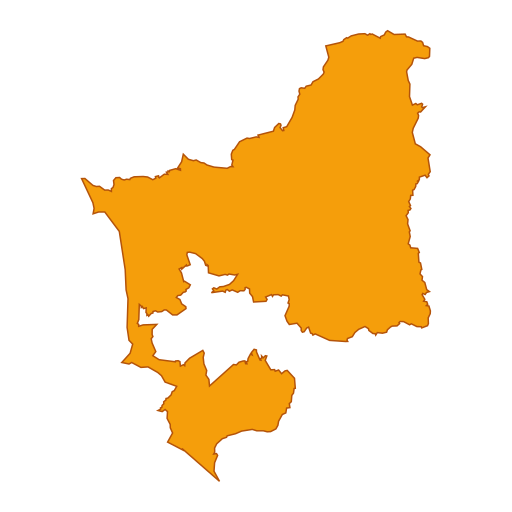 Zapotitlán, Puebla, Mexico (Mercator projection)
{"feature_id": "50627088B75736372567986", "entity_name": "Zapotitlán", "entity_type": "district", "adm_level": 2, "iso_a3": "MEX", "parent_name": "Mexico", "parent_adm1": "Puebla", "projection": "mercator", "projection_center": [-97.535, 18.262], "detail": "fine", "context": "isolated", "style": "filled", "palette": "amber", "viewbox_px": 512, "rotation_deg": 0, "n_neighbors": 0, "source": "geoboundaries", "source_scale": "gbopen_adm2", "svg_char_len": 6055}
<svg xmlns="http://www.w3.org/2000/svg" viewBox="0 0 512 512"><path d="M219.5,481.3L214.0,471.2L214.6,462.7L217.6,455.4L216.5,453.6L213.7,454.0L214.7,452.3L214.6,448.0L216.7,443.8L222.3,438.7L226.5,437.3L227.2,435.8L235.6,433.7L241.6,431.1L252.3,429.4L256.8,430.8L263.4,430.8L267.2,431.8L270.6,431.6L275.9,428.9L277.9,425.3L278.6,421.2L282.3,414.5L285.8,412.9L286.6,408.1L289.9,407.6L289.3,403.6L291.3,401.7L291.8,395.4L293.5,393.1L294.1,388.5L295.3,388.3L294.5,378.3L287.2,370.4L285.0,370.9L281.6,373.7L278.6,370.0L275.2,371.2L274.6,369.6L270.8,369.8L265.2,360.4L266.8,356.0L265.4,355.7L263.2,357.8L261.6,356.0L261.8,358.0L260.4,358.6L260.9,360.2L260.0,360.0L256.5,352.0L256.4,349.9L254.1,349.3L251.3,352.7L252.1,354.9L250.5,354.0L248.1,358.5L247.7,361.3L246.3,361.7L246.9,363.8L245.6,363.7L244.9,360.9L243.1,361.0L239.0,362.2L236.4,364.9L233.5,364.5L209.5,386.0L208.9,379.4L205.9,375.1L206.7,370.5L203.9,363.9L203.2,357.4L204.2,353.1L202.8,350.4L189.6,358.2L185.0,362.9L184.7,365.7L183.5,364.7L180.4,366.1L179.9,361.6L178.1,360.7L175.5,361.0L175.4,361.8L159.1,359.7L152.8,355.7L155.8,351.6L152.1,343.0L151.2,338.7L152.9,336.6L152.1,334.5L152.2,329.3L156.8,324.4L143.1,324.9L138.7,326.3L138.7,324.4L137.3,323.4L138.8,319.6L139.3,304.4L141.1,306.0L141.3,307.4L142.3,306.5L143.5,308.6L146.2,307.9L146.0,312.5L146.9,313.5L146.9,315.4L148.0,314.9L148.7,316.2L151.2,313.5L152.9,313.0L153.0,311.5L155.5,310.8L157.7,312.0L161.7,311.6L164.3,309.9L166.4,310.0L172.6,314.9L177.0,314.9L186.0,308.6L185.8,306.7L181.7,303.9L179.9,299.5L176.3,297.5L177.7,295.6L180.7,295.1L183.3,292.3L185.2,291.9L186.2,291.0L185.9,289.5L188.8,287.8L190.3,284.8L184.5,281.2L183.7,281.6L181.5,273.0L179.1,269.0L181.7,267.6L181.8,269.1L186.3,265.1L186.4,266.0L187.4,265.9L190.2,264.7L186.8,254.8L187.3,252.4L189.5,252.1L195.6,253.6L202.3,258.6L204.4,261.2L205.7,265.3L207.3,265.9L207.2,264.8L208.2,265.6L208.5,272.8L219.0,275.9L225.1,274.4L227.5,275.1L229.0,274.0L234.7,275.0L237.6,274.3L233.6,280.7L229.5,284.4L223.5,286.5L219.8,286.8L216.8,289.0L213.8,287.8L212.4,288.9L213.8,290.9L211.4,292.7L222.6,291.1L225.2,292.3L225.9,290.1L227.2,289.5L229.4,291.2L232.2,289.9L237.7,292.3L240.1,290.7L243.9,290.8L245.1,289.4L245.1,287.7L246.2,287.3L249.5,288.9L249.7,293.1L252.5,296.6L253.6,302.0L266.0,301.3L267.1,299.4L265.6,297.0L271.5,294.6L272.5,296.4L273.5,294.8L278.2,294.6L281.2,296.1L282.4,294.8L288.4,296.0L289.2,299.7L288.0,303.0L289.2,303.6L289.2,306.1L285.0,315.7L287.0,321.2L289.3,324.5L297.0,323.2L301.2,328.0L301.2,330.5L302.4,332.2L304.2,331.7L306.7,328.0L308.6,327.1L310.6,333.1L312.2,333.6L312.9,335.1L315.2,333.9L329.6,340.4L345.7,341.5L347.7,341.4L347.0,340.1L347.5,338.5L352.3,336.7L354.9,332.5L358.7,329.3L365.0,326.5L368.4,328.6L368.9,330.5L372.9,333.5L375.2,333.7L375.7,335.1L377.3,332.6L382.5,333.2L386.6,332.2L387.4,329.8L390.5,327.0L392.2,326.1L397.0,325.9L399.6,323.6L399.0,322.6L400.1,321.5L403.6,321.6L409.6,324.8L411.3,323.8L416.9,326.6L421.2,326.7L421.7,327.9L427.5,325.7L428.4,323.6L428.2,317.9L430.2,313.7L430.4,310.9L428.9,306.0L426.4,305.6L427.7,304.3L426.8,301.8L423.6,301.2L424.8,299.3L422.1,294.7L422.8,293.4L425.1,294.5L426.5,292.5L429.4,291.6L426.7,289.6L424.8,282.5L422.0,280.2L422.5,276.6L420.0,273.9L420.9,269.9L421.8,269.4L420.5,263.0L418.9,262.1L418.3,253.3L419.3,252.5L417.6,248.4L410.7,247.8L409.9,245.1L408.2,243.8L410.2,236.5L409.3,231.9L410.1,230.8L407.6,223.9L408.0,219.6L406.1,215.7L408.3,212.7L408.1,210.4L409.9,210.0L410.9,208.5L409.4,206.6L410.5,205.6L408.7,201.6L410.3,198.9L410.7,195.4L412.9,195.3L412.6,190.2L414.1,189.5L415.7,186.5L415.9,183.9L417.2,183.6L418.5,181.3L417.7,181.0L419.3,179.8L419.4,177.1L425.1,175.2L427.0,177.7L429.0,175.9L428.3,174.3L430.2,171.7L428.0,158.0L430.0,154.8L420.7,146.8L415.3,143.8L412.3,132.4L413.2,128.3L418.2,118.2L418.6,115.5L417.6,113.2L419.2,111.8L420.6,112.0L425.4,106.8L422.5,107.6L421.7,106.9L422.6,104.2L421.6,103.3L417.3,104.8L415.8,103.5L412.4,105.1L409.5,96.6L409.9,84.1L408.2,80.4L406.6,71.8L407.0,70.0L411.8,64.3L413.7,58.2L417.1,57.4L424.7,58.6L428.4,57.7L429.5,56.4L429.8,48.3L427.5,46.6L423.6,45.7L422.6,42.4L420.9,41.0L417.5,41.1L408.6,37.0L406.5,36.8L405.1,34.1L394.1,34.5L387.6,30.7L385.7,32.1L384.3,34.9L380.6,36.6L380.2,38.2L372.2,34.0L370.8,34.5L369.9,33.7L367.6,35.2L364.9,33.7L358.6,34.0L351.2,35.9L347.7,38.1L346.6,37.7L343.8,39.6L343.0,41.3L339.8,42.7L325.8,45.9L328.8,57.2L327.9,60.2L323.4,66.9L323.0,69.7L324.1,72.1L323.3,74.1L318.4,79.0L313.0,81.7L311.1,85.0L306.2,86.2L304.7,88.3L301.2,87.8L299.5,88.6L299.0,91.1L299.8,94.2L298.0,96.9L298.2,99.2L295.2,105.4L294.8,110.0L292.1,117.4L286.7,126.7L283.2,127.7L283.8,130.5L282.5,130.7L280.1,127.6L281.0,125.3L280.5,123.9L278.8,123.5L274.6,127.5L273.4,131.2L258.0,135.1L259.0,137.4L256.2,136.9L249.6,138.5L247.0,138.1L239.6,141.7L234.4,149.4L232.8,150.3L231.3,154.2L231.7,159.6L233.0,160.1L231.8,165.0L233.0,166.7L230.5,166.6L227.2,168.3L214.0,167.1L207.0,165.0L204.0,163.0L200.8,162.6L196.2,160.0L193.4,160.7L188.4,159.3L183.3,154.2L181.6,161.8L177.7,167.9L180.4,168.7L180.5,170.3L175.7,168.7L169.6,170.4L169.4,171.6L168.1,171.0L168.0,171.9L166.4,172.2L167.8,174.4L164.3,174.2L158.8,178.3L159.9,177.3L158.7,177.3L158.5,175.8L155.4,176.6L155.8,178.2L152.8,179.7L147.6,177.0L143.1,176.5L134.1,176.8L130.4,178.3L129.8,179.6L126.5,179.2L124.2,180.0L121.5,179.2L119.6,177.5L115.9,177.7L113.5,180.5L114.0,184.5L113.0,187.5L111.4,188.6L111.4,191.4L108.2,190.0L104.7,190.1L99.5,186.3L96.3,186.5L92.9,185.4L84.9,178.5L81.6,178.6L92.9,202.7L94.1,208.4L93.1,213.8L98.6,212.0L104.8,212.0L119.3,231.4L125.2,269.7L126.1,289.9L128.0,298.7L127.1,327.4L129.0,340.3L132.7,344.1L130.1,353.3L121.8,362.5L129.0,364.0L131.7,362.5L140.9,367.4L148.0,366.9L157.8,372.5L161.5,375.7L165.1,382.1L176.7,386.3L174.3,390.6L172.2,391.7L171.1,394.9L167.8,398.1L166.0,398.5L165.9,400.0L163.7,401.8L163.8,403.8L162.1,405.4L161.8,407.4L160.5,407.9L160.6,409.1L158.0,410.5L162.2,411.6L165.1,409.5L167.5,411.6L167.1,418.4L170.2,424.4L170.3,427.8L172.6,433.0L167.6,442.1L182.6,449.9L182.0,448.5L219.5,481.3Z" fill="#f59e0b" stroke="#b45309" stroke-width="1.5"/></svg>